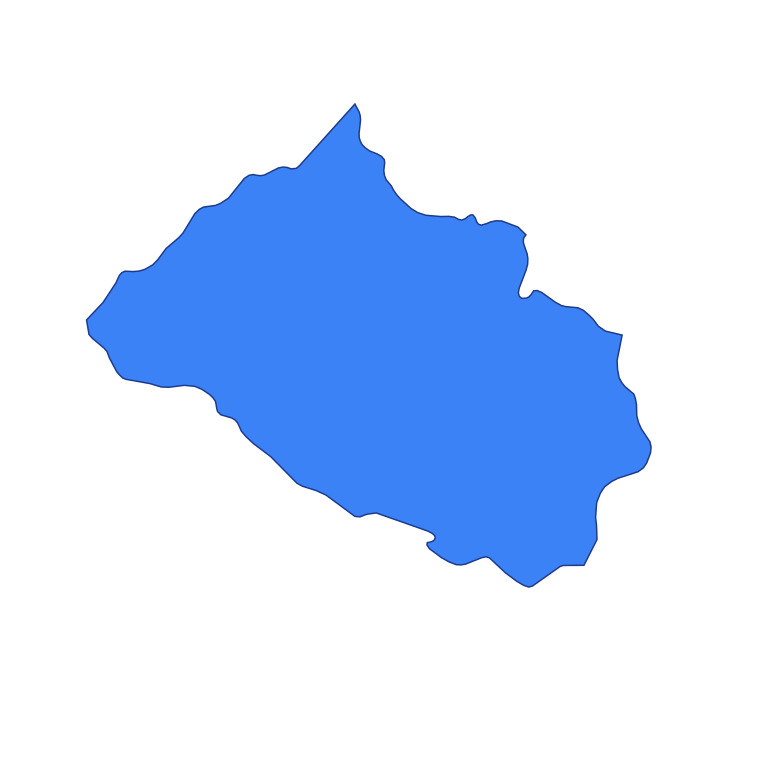 map outline of Hunedoara (Natural Earth projection), rotated 150°
{"feature_id": "ROU-297", "entity_name": "Hunedoara", "entity_type": "County", "adm_level": 1, "iso_a3": "ROU", "parent_name": "Romania", "parent_adm1": "", "projection": "natural_earth1", "projection_center": [22.886, 45.787], "detail": "fine", "context": "isolated", "style": "filled", "palette": "blue", "viewbox_px": 768, "rotation_deg": 150, "n_neighbors": 0, "source": "natural_earth", "source_scale": "10m", "svg_char_len": 2475}
<svg xmlns="http://www.w3.org/2000/svg" viewBox="0 0 768 768"><g transform="rotate(150 384 384)"><path d="M609.6,588.2L586.5,595.1L565.4,605.7L558.9,610.4L555.3,611.5L551.9,611.2L545.2,606.9L540.0,604.4L534.2,602.9L524.8,602.8L517.9,604.7L505.0,610.3L488.7,613.3L482.7,615.2L462.5,626.2L456.6,627.6L451.9,627.5L440.6,622.9L435.2,622.2L425.8,622.7L402.1,631.9L396.5,632.2L392.7,630.9L389.9,628.4L386.7,626.1L383.2,624.8L367.4,623.9L363.0,622.4L359.6,620.0L356.9,616.8L352.2,614.6L348.1,615.3L269.2,641.0L269.5,632.0L270.4,628.5L272.2,624.5L280.2,613.6L282.3,609.7L283.1,606.2L283.3,602.4L282.2,598.1L280.0,593.1L275.0,586.8L272.3,582.3L271.6,578.1L272.9,575.1L277.5,568.9L279.4,564.1L280.0,559.7L278.6,551.9L278.8,546.8L278.4,541.7L277.2,536.1L272.8,522.3L269.2,515.7L263.5,509.3L251.2,500.7L244.1,496.8L239.5,493.2L237.3,489.5L234.9,487.2L231.0,486.5L227.6,487.1L224.4,487.1L222.4,485.9L221.9,482.1L222.6,478.6L222.4,475.3L220.5,473.0L215.1,471.6L210.8,471.1L205.5,469.4L200.5,466.3L189.5,452.9L186.5,442.2L189.5,440.9L190.9,439.6L192.5,437.0L193.3,433.8L195.0,425.0L196.8,420.5L199.8,415.8L204.1,411.5L218.9,399.5L222.0,395.9L223.0,392.4L221.9,389.3L217.8,387.2L215.1,387.0L212.3,387.7L207.7,389.9L204.6,388.3L201.6,384.3L194.7,369.1L191.2,363.3L188.1,360.3L178.0,353.1L174.5,348.2L172.1,341.3L170.5,335.5L169.5,326.9L165.8,319.1L153.3,307.3L170.5,287.7L174.6,279.5L177.3,271.8L177.4,266.1L176.6,261.3L172.7,250.2L173.6,245.6L175.7,239.8L181.0,230.1L182.9,223.0L183.6,216.5L182.6,201.0L184.2,195.9L187.6,191.1L196.1,184.2L201.3,181.7L207.9,181.0L228.5,185.4L235.4,185.8L244.4,184.7L251.2,181.3L259.0,175.1L267.4,162.8L270.7,155.2L277.3,142.8L301.5,127.0L319.4,137.2L322.8,137.9L356.5,134.8L360.2,135.8L363.7,139.8L367.6,146.6L373.3,159.9L379.6,180.7L382.1,183.4L386.6,184.8L403.3,187.2L407.7,188.8L411.7,191.4L416.5,197.2L420.9,204.6L427.0,218.5L427.3,223.2L425.8,225.0L423.1,224.0L420.3,223.5L418.0,223.9L416.5,225.3L415.9,227.3L416.9,230.5L419.5,234.6L455.2,276.2L464.0,279.8L471.3,281.0L475.4,283.9L489.8,316.9L496.0,325.6L505.7,336.2L509.0,341.6L518.4,377.7L526.7,397.3L529.8,407.4L531.1,414.4L530.2,423.2L530.9,427.1L532.8,430.7L540.7,438.9L541.9,443.3L541.1,446.5L539.7,450.0L538.6,453.6L539.0,457.6L540.4,462.4L544.4,470.5L548.9,476.5L557.6,482.7L572.0,488.8L578.4,492.8L586.3,501.2L604.9,516.9L607.3,519.8L608.6,524.4L609.3,528.0L608.8,543.6L607.6,550.7L608.5,555.0L613.7,569.3L614.7,574.4L609.6,588.2Z" fill="#3b82f6" stroke="#1e3a8a" stroke-width="1.5"/></g></svg>